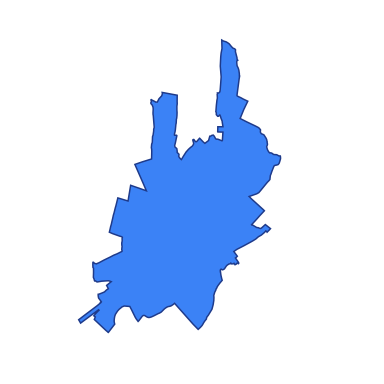 Barlad, Vaslui, Romania, rotated 12°
{"feature_id": "2599482B4084623098698", "entity_name": "Barlad", "entity_type": "district", "adm_level": 2, "iso_a3": "ROU", "parent_name": "Romania", "parent_adm1": "Vaslui", "projection": "albers", "projection_center": [27.671, 46.233], "detail": "fine", "context": "isolated", "style": "filled", "palette": "blue", "viewbox_px": 384, "rotation_deg": 12, "n_neighbors": 0, "source": "geoboundaries", "source_scale": "gbopen_adm2", "svg_char_len": 6071}
<svg xmlns="http://www.w3.org/2000/svg" viewBox="0 0 384 384"><g transform="rotate(12 192 192)"><path d="M239.9,272.1L239.1,270.6L237.7,267.6L237.2,266.3L236.5,264.2L236.3,264.2L236.1,263.3L235.9,262.5L236.5,261.4L237.7,261.8L238.3,261.7L239.7,260.5L240.9,257.4L241.5,256.4L243.0,254.8L244.6,254.1L244.8,253.5L245.6,254.1L247.3,253.7L247.9,253.0L249.2,254.2L250.5,253.1L250.5,252.6L251.5,251.9L252.2,252.5L252.5,252.2L252.3,251.4L251.4,250.5L248.2,247.5L248.7,247.0L249.7,245.4L245.3,241.5L247.9,238.7L253.9,233.8L260.0,228.6L261.8,227.0L264.2,224.7L266.3,221.9L268.7,219.8L269.2,219.2L271.3,216.5L272.3,214.7L273.4,215.3L273.8,215.7L275.8,212.6L276.4,211.5L270.5,208.6L267.3,213.0L266.6,213.4L266.2,213.5L265.4,213.4L264.0,213.1L262.9,213.3L262.4,213.2L261.3,212.8L258.7,211.9L258.3,211.8L257.6,211.9L257.1,211.6L260.7,205.5L263.0,201.4L266.7,195.3L266.0,194.8L251.5,186.3L248.8,184.5L255.7,180.3L257.5,178.7L258.8,176.3L263.7,166.8L264.8,165.1L265.6,163.6L265.2,159.6L265.5,158.1L265.9,154.8L266.8,149.6L267.6,148.7L269.3,148.0L270.6,147.2L271.3,145.7L271.5,143.7L271.7,141.1L271.3,139.4L270.9,138.4L269.4,138.6L267.1,137.9L264.5,138.3L263.7,138.3L262.9,137.7L261.7,137.4L261.0,137.3L259.8,137.6L259.2,137.2L258.2,136.3L257.4,135.4L256.6,134.2L255.9,132.8L255.6,132.0L255.9,130.4L255.9,129.5L255.3,128.2L255.0,127.0L254.6,126.3L254.3,125.5L253.8,124.7L253.1,123.8L251.4,122.1L250.7,121.3L249.2,120.8L247.8,120.6L247.6,120.5L247.2,120.1L246.6,119.5L246.4,118.9L246.2,118.2L246.2,117.5L246.1,117.1L246.0,116.8L245.5,116.4L244.9,116.0L244.5,115.6L243.1,115.0L240.1,114.2L230.9,112.0L223.8,110.1L225.5,100.6L227.7,91.6L222.7,90.4L220.1,89.6L217.4,89.0L216.2,88.6L215.9,88.1L215.3,80.5L214.6,71.6L214.5,68.7L214.2,68.7L213.8,66.8L213.6,66.1L212.5,63.1L211.8,61.8L211.1,60.7L210.4,59.9L209.7,58.8L209.5,58.1L209.0,56.6L208.7,55.4L208.6,54.6L208.8,54.3L209.4,53.6L208.5,52.8L208.1,51.3L205.3,45.7L205.0,43.8L204.4,43.3L203.7,43.0L202.3,42.8L201.4,42.3L199.5,40.9L197.7,39.4L195.9,38.6L194.1,38.0L191.3,37.8L189.5,37.2L191.5,45.4L191.6,50.1L192.0,53.8L193.5,63.0L196.6,73.4L198.4,86.7L198.4,88.3L197.6,89.5L196.9,89.8L196.3,89.8L196.5,90.4L196.3,91.1L197.3,94.9L197.3,96.9L197.8,102.1L198.6,108.1L198.6,108.5L199.3,109.4L199.7,111.3L201.4,112.6L202.1,112.4L203.2,110.9L203.5,111.2L204.4,112.6L205.0,113.8L206.7,116.3L207.2,117.8L208.1,120.1L208.7,121.7L203.7,122.8L204.6,127.7L204.8,127.9L209.8,127.0L210.8,133.9L211.0,134.9L210.9,135.4L210.7,135.7L206.6,135.0L206.0,135.0L205.3,135.2L204.7,135.2L204.2,135.0L203.7,134.6L202.2,132.8L201.0,131.9L199.7,132.4L198.6,133.5L197.8,133.7L197.5,138.2L194.5,141.7L192.7,140.8L188.3,137.8L188.2,137.8L187.8,138.6L186.1,141.7L185.7,141.9L185.1,142.0L184.4,141.6L183.7,141.0L183.0,140.3L182.5,140.3L182.2,140.5L182.0,140.8L182.1,141.3L182.5,142.1L183.3,143.6L183.5,144.2L183.5,145.0L183.3,145.7L182.9,146.8L182.3,147.6L181.3,148.7L179.6,151.1L178.6,152.9L177.9,154.1L176.0,159.2L174.9,162.5L174.4,162.3L173.2,161.5L172.4,160.8L171.6,159.9L171.5,159.6L171.6,158.3L171.4,158.0L171.1,157.5L169.4,156.5L169.2,156.2L169.1,155.4L168.3,153.1L168.1,152.7L167.3,152.2L166.1,151.6L165.9,151.3L165.5,150.4L165.4,149.8L165.5,147.8L165.5,145.8L165.5,144.1L165.5,143.2L165.5,140.2L165.4,139.9L165.1,139.7L163.3,140.1L163.1,140.1L162.9,139.6L162.8,137.8L162.9,136.8L162.8,134.7L162.2,129.4L162.2,127.8L161.6,124.1L161.7,123.1L161.4,120.4L160.9,117.5L160.2,115.0L159.4,111.3L159.2,108.8L158.6,106.4L157.4,100.4L142.1,100.8L142.2,101.1L142.6,101.9L142.4,104.2L140.3,107.7L139.4,111.2L137.8,111.6L136.8,111.2L134.1,110.5L132.9,110.1L132.7,110.4L133.3,111.7L133.5,112.1L133.2,113.2L133.3,113.7L133.6,114.2L134.7,115.0L135.1,115.4L136.2,117.1L136.4,117.7L136.8,118.9L137.4,122.7L137.8,124.3L138.3,125.5L138.7,126.9L139.2,128.6L140.1,131.6L141.0,134.6L141.4,135.9L141.6,136.7L141.5,137.9L141.5,138.8L141.8,140.2L141.9,141.5L142.1,144.6L141.9,145.6L141.9,146.2L142.8,151.4L142.8,152.3L142.6,153.5L143.0,157.0L143.7,158.7L144.2,160.7L145.6,168.1L137.0,172.9L130.4,176.9L143.1,194.6L147.1,200.3L130.6,198.2L131.3,214.1L120.7,213.2L120.4,222.2L120.3,222.5L120.1,228.8L119.9,231.0L119.9,234.1L119.8,238.4L119.8,240.4L119.6,242.8L119.6,245.3L119.5,248.5L122.8,249.2L130.3,250.2L132.1,250.3L132.8,250.5L133.3,250.8L133.3,251.1L133.3,252.1L133.8,253.9L133.9,255.1L133.9,256.4L134.1,257.4L134.4,258.5L135.0,260.1L135.0,261.1L135.3,263.1L135.9,264.1L135.8,264.7L131.5,268.1L128.4,270.2L125.8,272.4L119.9,277.0L115.4,280.8L114.1,281.6L113.7,282.1L112.5,282.1L111.8,282.2L111.4,282.1L110.6,281.4L110.2,281.2L109.7,281.4L110.1,283.7L110.8,286.4L111.5,287.0L112.4,291.1L113.3,296.1L114.4,297.6L114.5,298.0L115.1,299.1L115.5,299.3L115.8,299.0L116.3,299.1L117.6,299.7L118.3,299.6L120.5,298.7L121.6,298.3L121.9,298.1L125.4,297.1L128.7,296.2L129.7,296.2L131.6,296.5L127.9,301.1L130.3,304.0L128.7,305.6L127.2,307.9L125.4,309.2L122.2,311.3L121.5,311.5L121.6,312.3L122.2,314.1L122.7,315.2L125.8,317.9L126.1,318.2L125.4,318.9L125.8,319.2L123.0,322.8L113.1,334.2L107.7,340.5L110.3,343.4L125.1,326.6L125.6,327.0L124.9,328.0L123.4,330.4L121.7,333.5L123.4,334.3L122.9,337.0L131.5,342.2L136.6,345.3L138.3,346.2L139.3,346.8L139.4,346.7L143.9,337.3L143.3,336.1L142.7,334.5L142.6,333.8L142.4,332.4L142.3,330.7L142.3,329.2L142.6,327.4L143.9,324.0L144.4,323.1L145.3,321.6L146.0,320.8L147.5,318.9L149.4,317.6L155.0,316.9L155.3,317.3L157.7,320.2L159.5,322.5L162.5,326.3L163.8,327.7L166.2,329.8L166.8,328.9L167.8,326.8L169.2,323.8L169.9,323.0L170.6,322.7L171.1,322.7L171.9,322.8L172.5,323.1L174.2,323.7L175.5,323.8L176.7,323.5L178.2,322.7L180.5,321.0L184.3,317.9L185.4,317.2L186.9,315.8L188.9,312.7L189.6,311.7L191.0,310.2L192.2,309.2L194.3,308.3L195.5,307.5L197.1,305.8L198.1,304.5L220.6,321.1L226.6,325.1L228.4,322.6L229.6,320.5L230.2,318.8L230.6,317.4L231.5,315.2L232.5,313.3L232.4,312.2L232.7,310.9L233.6,309.1L234.5,306.5L235.9,302.5L236.1,298.3L236.1,297.0L236.0,295.8L235.9,293.7L235.4,290.7L234.8,288.6L235.1,285.1L235.4,284.1L235.7,282.9L235.7,282.0L236.3,280.4L236.3,279.7L236.6,278.9L237.0,277.9L238.2,275.3L239.9,272.1Z" fill="#3b82f6" stroke="#1e3a8a" stroke-width="1.5"/></g></svg>